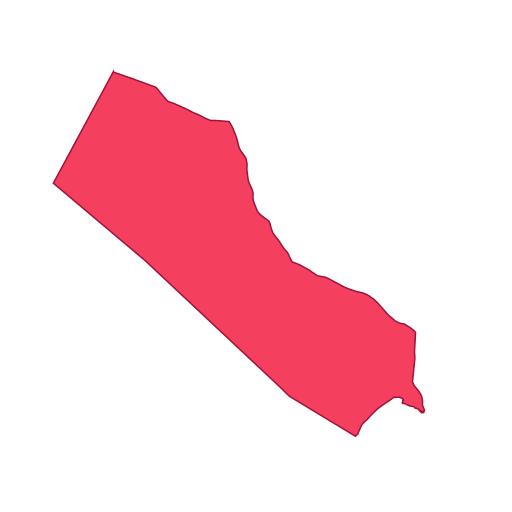 outline of Salloum, Matruh, Egypt, rotated 132°
{"feature_id": "37247803B99889104547734", "entity_name": "Salloum", "entity_type": "district", "adm_level": 2, "iso_a3": "EGY", "parent_name": "Egypt", "parent_adm1": "Matruh", "projection": "mercator", "projection_center": [25.027, 30.642], "detail": "fine", "context": "isolated", "style": "filled", "palette": "rose", "viewbox_px": 512, "rotation_deg": 132, "n_neighbors": 0, "source": "geoboundaries", "source_scale": "gbopen_adm2", "svg_char_len": 2076}
<svg xmlns="http://www.w3.org/2000/svg" viewBox="0 0 512 512"><g transform="rotate(132 256 256)"><path d="M323.4,61.4L322.5,61.5L320.4,61.2L317.0,62.4L314.7,63.1L313.0,63.8L309.9,64.5L306.0,64.4L304.8,64.1L302.1,63.9L298.2,64.1L294.2,63.8L289.1,63.5L284.5,62.7L281.0,61.9L276.4,60.8L273.4,59.9L268.9,59.1L267.4,57.4L265.4,55.4L264.6,53.9L263.9,51.4L264.0,50.4L264.5,50.0L265.0,50.3L265.7,49.9L266.5,49.2L267.3,49.1L267.5,48.3L266.7,47.8L265.9,46.1L265.6,44.4L265.1,43.4L264.6,41.3L263.9,40.5L263.3,39.4L262.6,38.3L262.3,37.3L262.6,36.3L262.4,35.6L261.8,35.1L261.7,34.0L261.2,33.1L261.6,30.5L261.6,29.1L261.1,29.8L260.7,29.9L260.7,29.2L261.0,28.4L260.7,27.0L260.1,26.6L259.4,27.0L259.3,27.4L259.3,27.5L258.0,27.4L255.4,32.5L252.4,35.1L250.1,38.0L249.6,38.9L248.9,40.2L248.2,42.4L247.8,43.3L246.4,52.1L244.8,55.5L225.8,69.4L223.5,71.7L221.0,74.2L218.3,76.4L206.1,86.2L205.7,88.4L206.1,93.8L207.0,98.2L207.0,98.7L207.1,99.8L207.2,100.0L208.1,101.6L209.9,104.6L211.1,109.1L211.1,110.1L211.3,118.5L209.5,134.1L209.3,139.8L209.9,143.6L209.8,144.0L209.8,144.6L210.8,148.6L211.9,151.8L215.2,157.7L218.1,164.2L220.3,170.5L221.5,175.8L223.0,181.7L224.0,185.9L225.3,190.2L229.5,197.0L230.5,203.7L230.7,206.3L232.1,212.4L233.3,217.6L235.1,222.4L236.2,225.1L234.9,228.8L233.1,232.9L232.3,235.1L232.0,238.8L230.9,243.9L229.9,247.1L229.1,250.4L228.7,253.7L227.5,259.2L225.1,263.5L222.7,267.1L221.5,269.6L221.8,273.0L222.4,280.1L222.0,284.1L221.4,285.8L218.4,291.8L216.7,295.0L215.1,296.9L211.0,300.5L209.3,303.2L207.9,306.3L206.3,310.0L205.1,312.1L203.1,314.6L197.9,320.6L193.6,324.2L191.7,326.7L190.2,328.8L189.4,331.5L188.5,335.2L188.2,337.4L187.4,339.7L185.7,342.9L183.8,345.5L181.2,349.5L179.5,352.6L178.2,355.5L176.7,358.2L175.4,361.7L174.7,363.9L174.1,366.0L182.0,376.3L185.7,380.5L187.6,385.8L189.3,392.7L191.6,399.1L191.8,400.1L194.0,408.3L194.4,409.1L197.6,419.2L200.0,424.7L199.8,428.0L199.0,433.5L197.6,443.2L206.8,466.1L214.7,484.9L214.3,485.4L336.7,455.5L337.5,455.3L333.6,335.5L337.3,151.9L337.9,137.4L323.4,61.4Z" fill="#f43f5e" stroke="#9f1239" stroke-width="1.5"/></g></svg>